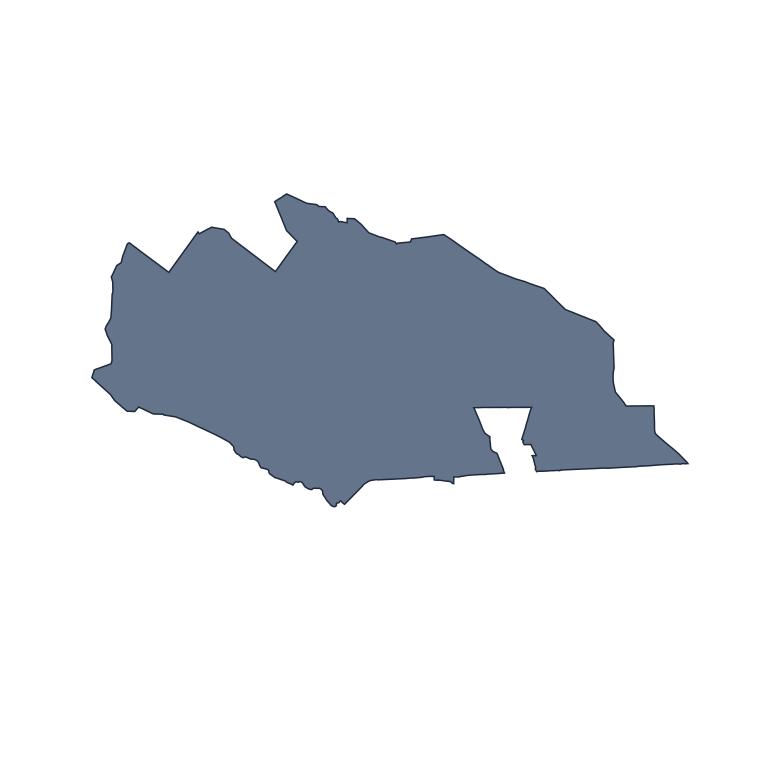 Malnavas pag., Karsavas, Latvia, rotated 218°
{"feature_id": "27541924B93954265476468", "entity_name": "Malnavas pag.", "entity_type": "district", "adm_level": 2, "iso_a3": "LVA", "parent_name": "Latvia", "parent_adm1": "Karsavas", "projection": "equal_earth", "projection_center": [27.746, 56.802], "detail": "fine", "context": "isolated", "style": "filled", "palette": "slate", "viewbox_px": 768, "rotation_deg": 218, "n_neighbors": 0, "source": "geoboundaries", "source_scale": "gbopen_adm2", "svg_char_len": 6080}
<svg xmlns="http://www.w3.org/2000/svg" viewBox="0 0 768 768"><g transform="rotate(218 384 384)"><path d="M671.7,338.4L672.5,336.4L668.6,323.9L665.8,317.8L667.5,312.9L666.6,308.8L665.3,303.3L664.8,300.5L660.5,297.3L654.2,289.5L653.5,287.4L650.8,283.6L644.7,275.1L639.9,267.9L639.1,263.6L638.5,258.4L637.6,255.6L631.6,251.7L622.8,247.6L622.1,246.6L612.9,235.2L611.5,232.0L621.0,216.8L618.1,209.1L612.9,208.9L612.9,208.7L593.3,207.3L585.9,205.1L574.6,204.6L569.8,204.4L563.5,208.8L563.1,214.8L547.3,218.4L539.3,224.3L538.5,224.0L527.9,229.8L515.1,233.6L504.4,236.0L486.5,240.1L479.3,241.5L469.8,243.0L466.9,242.5L466.3,242.3L465.7,242.4L465.3,242.4L464.7,242.2L464.0,242.0L463.3,241.5L462.9,241.1L462.6,240.8L461.9,240.2L461.8,239.8L461.7,239.7L461.0,239.6L459.9,239.1L457.5,238.4L457.0,238.5L455.4,238.8L454.4,238.8L452.5,238.7L451.0,238.8L450.3,239.0L449.7,239.2L449.3,239.6L448.7,240.7L448.5,241.0L448.1,241.3L447.3,241.6L447.1,241.7L445.9,242.0L444.0,242.4L443.2,242.6L442.5,243.0L442.0,243.3L441.0,244.0L440.3,244.5L439.7,244.7L438.6,245.1L437.7,245.3L436.8,245.3L435.9,245.3L435.4,245.2L434.7,244.9L432.3,243.5L430.1,242.5L429.8,242.4L429.4,242.4L428.8,242.5L427.5,243.1L425.3,244.1L423.7,244.8L423.1,244.9L422.2,244.9L421.6,244.7L421.0,244.3L420.3,243.6L420.0,243.4L419.5,243.1L419.0,242.9L418.7,242.9L417.9,242.8L415.7,243.0L412.7,243.0L412.0,243.2L410.7,243.8L410.0,244.0L404.0,246.1L403.3,246.4L402.8,246.6L401.8,246.8L400.5,246.7L399.3,246.8L398.4,247.1L397.6,247.4L396.6,247.7L395.6,247.9L394.2,248.1L393.9,248.1L393.6,248.3L393.5,248.8L393.6,249.3L393.8,249.7L393.8,250.2L393.8,250.4L393.6,250.9L393.3,252.7L393.2,252.8L391.8,253.4L391.0,253.8L390.8,254.0L390.7,254.2L390.6,254.8L390.4,255.1L390.2,255.3L389.9,255.5L389.3,255.7L388.4,255.9L387.4,255.9L386.3,255.5L384.7,254.9L383.2,254.4L382.8,254.4L379.9,254.7L377.8,255.3L377.0,255.6L376.3,256.0L376.0,256.4L375.9,256.6L375.8,256.9L375.5,258.1L375.1,258.7L374.9,258.9L373.7,259.7L373.3,260.0L372.4,260.7L371.6,261.2L370.6,262.1L370.3,262.2L370.1,262.3L368.7,262.3L367.8,262.2L367.2,262.1L366.8,262.0L366.5,261.8L365.9,261.4L365.4,260.5L365.1,260.3L364.2,259.5L363.8,259.3L362.9,258.9L361.6,258.6L358.9,257.6L357.5,257.1L356.5,256.8L354.7,256.6L351.6,255.9L350.6,255.8L350.0,255.8L349.5,256.0L348.5,256.3L347.7,256.7L347.0,257.4L346.9,257.8L346.7,258.4L346.7,258.7L346.9,259.1L347.5,259.9L347.7,260.4L348.0,260.8L347.9,261.0L347.6,261.4L346.9,262.1L346.6,262.6L346.5,262.9L346.4,263.3L346.6,264.0L346.6,264.4L346.5,264.8L346.4,265.0L346.0,265.2L345.4,265.2L344.4,265.0L343.7,264.9L341.7,264.9L341.0,264.9L338.4,287.9L338.2,290.2L338.1,292.7L336.7,296.6L336.2,297.9L335.5,299.3L331.0,304.1L329.9,304.6L309.3,322.3L308.3,323.2L305.2,326.2L305.0,326.4L302.2,328.6L296.5,334.0L295.0,335.9L290.7,339.7L287.7,341.9L287.6,342.0L285.7,339.7L285.2,339.3L281.9,341.6L282.1,341.8L276.0,345.3L271.4,348.1L269.0,347.8L267.7,348.4L268.6,349.4L271.7,353.8L267.4,357.2L267.0,357.9L266.7,358.2L261.9,363.4L259.3,365.9L254.4,370.1L253.5,371.1L252.6,371.7L250.9,373.2L248.7,374.8L247.6,376.1L240.8,382.0L234.2,388.0L236.7,389.4L236.9,389.4L237.1,390.0L237.4,390.3L241.7,392.8L250.4,397.8L250.5,398.0L250.8,398.1L252.1,398.8L252.7,398.9L256.5,397.9L259.6,398.5L262.6,401.3L262.8,401.8L263.3,402.3L265.1,404.1L266.3,405.4L266.8,406.0L267.5,406.3L267.4,406.6L267.5,406.9L267.9,407.6L274.2,407.3L278.5,409.2L286.6,414.1L297.0,419.8L298.7,420.6L295.5,423.1L290.9,427.0L286.2,430.6L282.1,433.9L280.9,434.8L280.2,435.3L277.3,437.6L273.8,440.5L273.1,440.9L272.7,441.1L271.7,441.8L269.8,443.5L253.3,456.5L252.8,454.5L251.0,449.7L248.9,444.7L246.3,437.9L245.9,437.2L245.3,435.9L244.4,433.3L242.5,428.3L241.5,425.6L241.3,425.2L239.3,425.4L239.3,424.4L238.9,423.9L238.4,423.6L237.7,423.2L236.2,422.5L230.9,426.8L230.6,426.5L229.4,425.9L227.5,425.1L219.9,421.3L220.4,420.7L221.1,420.3L222.2,419.6L223.2,418.7L221.9,418.1L219.8,416.8L218.6,415.7L218.3,415.7L215.5,413.3L213.5,412.0L213.3,411.8L212.6,410.4L212.0,409.9L209.7,408.9L209.0,409.9L207.6,411.1L202.5,415.3L201.8,415.9L199.1,418.5L197.9,419.3L196.3,420.8L193.6,423.1L192.3,423.7L191.9,424.6L191.9,424.9L191.7,424.9L189.6,426.9L169.1,444.4L167.1,446.1L159.6,452.6L159.3,452.8L155.0,456.1L141.7,467.8L134.2,474.2L134.2,474.3L132.3,476.3L125.3,482.3L116.1,490.8L106.7,498.9L106.5,499.3L104.7,500.7L104.0,501.4L101.7,502.9L101.1,503.3L99.6,505.2L99.3,505.6L98.8,505.8L98.1,506.1L95.5,508.4L97.8,509.0L98.3,509.0L108.3,510.4L115.4,510.8L126.5,511.1L136.9,511.7L139.8,512.0L142.4,514.2L143.8,516.0L147.4,520.5L154.9,529.4L155.3,530.2L157.0,532.0L157.9,532.9L175.4,519.1L179.5,515.7L183.8,517.1L187.3,518.0L196.7,520.1L203.8,526.0L206.4,528.8L208.4,531.3L210.7,534.7L211.4,536.0L212.4,538.1L219.9,547.0L225.1,553.3L228.8,557.5L229.7,560.3L231.8,560.5L236.0,560.7L243.6,561.4L249.5,562.7L255.3,563.6L263.7,561.1L266.0,560.5L268.9,559.6L287.2,554.3L287.3,554.4L297.5,555.5L308.1,556.9L316.6,557.9L325.4,554.8L330.2,553.2L331.9,552.6L335.5,551.6L344.9,547.9L354.5,545.0L357.2,544.1L362.3,542.5L365.7,542.2L374.5,541.7L375.7,541.8L377.1,541.5L386.6,541.2L387.0,541.1L402.9,540.1L419.5,539.3L428.9,538.6L439.7,527.3L451.0,515.9L451.6,515.4L450.7,512.2L453.9,509.1L460.2,503.2L460.4,502.0L461.2,502.2L462.6,502.8L476.3,498.1L477.5,497.3L482.2,495.9L488.7,493.9L489.0,493.8L500.6,495.8L508.8,496.1L509.1,496.0L515.0,491.8L514.3,491.1L512.4,488.2L518.3,485.3L519.4,483.8L520.7,484.5L521.8,485.2L522.5,485.5L524.1,485.3L524.6,485.4L526.8,486.2L528.9,487.1L529.6,487.2L530.1,487.2L531.7,486.8L533.8,486.5L535.0,486.6L537.4,487.0L539.4,487.5L540.3,486.9L544.6,483.8L547.2,484.0L547.4,484.0L556.0,478.9L559.8,477.9L560.6,477.7L560.6,477.8L568.3,476.1L577.7,473.8L578.8,470.9L579.5,468.4L579.8,467.3L580.6,465.7L582.4,460.4L568.1,452.3L555.3,444.9L540.5,442.9L540.2,442.9L539.8,431.8L539.6,426.3L539.6,424.9L539.3,418.7L538.8,405.7L594.0,405.0L599.2,407.3L604.1,407.4L605.0,407.5L605.1,407.4L607.3,406.3L616.0,401.6L616.1,401.4L616.3,401.5L618.4,397.1L620.2,393.0L622.0,388.7L624.2,389.3L622.3,339.5L656.9,338.7L671.2,338.5L671.5,338.4L671.7,338.4Z" fill="#64748b" stroke="#1e293b" stroke-width="1.5"/></g></svg>